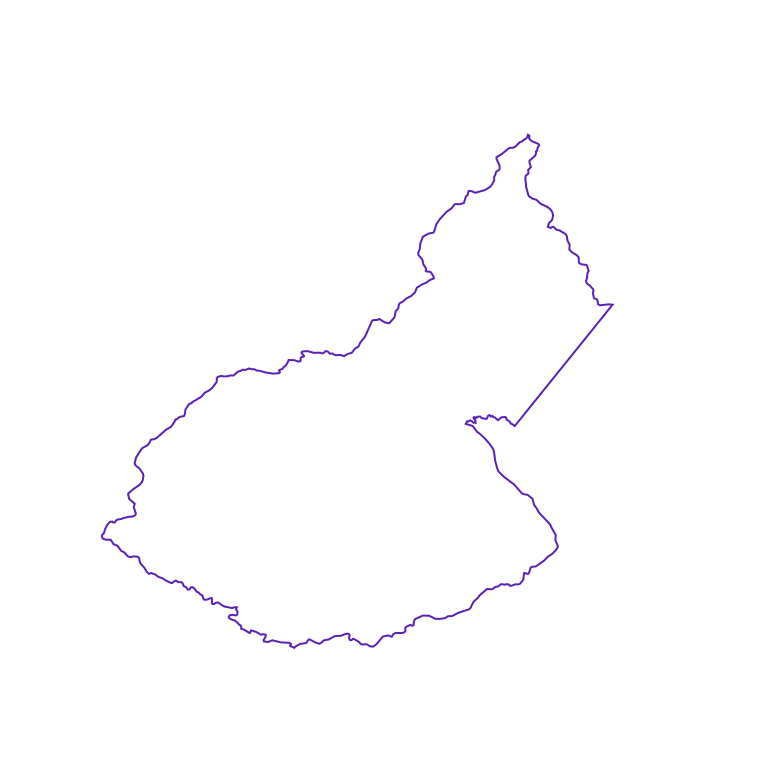 outline of San Luis, Antioquia, Colombia, rotated 289°
{"feature_id": "7082276B26769987150825", "entity_name": "San Luis", "entity_type": "district", "adm_level": 2, "iso_a3": "COL", "parent_name": "Colombia", "parent_adm1": "Antioquia", "projection": "robinson", "projection_center": [-74.956, 6.021], "detail": "fine", "context": "isolated", "style": "outline", "palette": "violet", "viewbox_px": 768, "rotation_deg": 289, "n_neighbors": 0, "source": "geoboundaries", "source_scale": "gbopen_adm2", "svg_char_len": 6166}
<svg xmlns="http://www.w3.org/2000/svg" viewBox="0 0 768 768"><g transform="rotate(289 384 384)"><path d="M131.7,424.9L135.7,429.8L136.3,432.1L135.7,433.1L132.3,433.7L130.9,435.0L131.2,436.7L132.9,437.5L133.2,438.2L132.0,444.2L130.5,446.8L130.8,448.6L132.3,452.4L131.4,456.5L132.3,459.4L135.9,461.8L144.8,465.1L147.6,469.7L147.6,473.6L150.5,474.3L152.4,476.0L154.5,482.3L155.7,484.0L157.2,484.7L160.0,483.6L161.2,483.7L164.6,487.0L164.8,489.9L165.4,490.3L169.4,489.6L171.8,489.9L177.7,496.2L179.6,502.1L178.7,508.9L179.8,512.6L181.9,516.9L182.8,518.2L185.2,520.0L186.8,524.0L191.8,528.7L198.7,537.8L200.3,538.7L207.0,539.5L212.7,542.5L215.1,543.1L223.7,548.1L224.6,551.7L225.5,553.4L228.3,555.2L229.8,557.9L232.9,559.9L233.7,563.8L234.9,565.5L235.0,567.1L234.3,568.5L234.7,570.2L237.3,573.3L238.4,576.4L239.2,577.5L244.2,579.4L250.8,578.0L251.2,578.9L251.1,581.2L251.5,582.2L253.1,582.6L258.1,582.5L259.3,583.3L260.9,586.9L269.2,592.9L274.1,595.2L278.3,598.5L283.2,600.7L286.4,601.4L287.8,600.8L292.3,596.8L297.0,595.6L303.3,588.6L305.2,587.0L312.9,572.3L316.3,568.6L318.5,565.4L323.8,561.8L325.9,556.0L325.3,551.2L325.5,549.9L331.3,539.9L335.1,528.0L338.5,520.9L340.8,518.7L347.3,514.3L356.4,509.7L358.4,507.9L361.8,503.2L365.2,497.4L367.9,491.4L369.1,487.6L372.9,482.0L373.2,481.0L372.9,474.3L375.8,474.8L376.0,475.8L377.6,477.2L377.4,479.2L376.5,481.2L377.0,481.8L377.0,483.2L379.3,482.3L380.8,479.8L381.8,479.7L382.2,480.5L381.8,482.1L382.2,482.6L383.3,482.7L384.5,485.3L383.6,487.7L384.2,491.8L384.7,492.5L387.7,492.7L388.8,493.5L388.9,494.3L388.0,495.5L389.2,496.8L388.3,497.9L388.5,499.7L386.8,503.5L390.8,505.9L392.3,509.6L391.9,510.5L390.3,511.5L389.3,515.3L387.8,516.8L387.8,518.4L386.8,521.3L533.4,574.3L532.6,570.8L528.7,562.5L529.1,560.6L533.0,558.3L533.5,556.7L533.4,555.0L533.9,554.4L537.8,552.0L540.7,551.6L541.7,550.9L544.0,546.6L545.2,543.1L547.2,541.4L550.0,541.5L555.3,540.3L557.4,540.8L562.2,537.2L562.4,536.3L561.5,532.1L561.8,529.5L562.8,528.3L565.9,527.5L567.6,526.2L568.7,523.8L569.7,518.9L571.4,515.5L576.2,514.2L579.2,510.9L583.6,508.5L584.9,507.0L586.3,500.0L586.1,496.5L587.8,493.1L587.5,492.2L585.8,490.9L585.9,487.8L589.6,487.5L592.5,489.0L594.5,489.5L598.4,489.0L601.3,487.2L603.3,484.5L604.6,480.9L605.4,473.3L607.8,468.1L607.6,464.0L608.6,460.3L609.7,458.9L617.2,453.9L619.5,453.2L622.7,451.3L626.6,450.1L630.2,452.0L633.3,450.6L636.9,452.3L640.4,449.6L642.5,448.9L649.0,452.5L651.5,452.7L653.3,452.0L654.5,452.7L657.7,452.4L660.2,453.0L661.3,451.9L661.7,444.7L662.4,442.8L663.7,441.1L665.8,440.8L666.5,439.4L666.5,438.9L665.0,439.2L662.5,438.6L660.4,436.7L658.2,435.5L656.8,433.6L650.9,430.8L649.3,428.9L648.6,426.9L647.4,425.2L639.6,420.4L635.1,416.5L633.3,417.2L628.0,422.3L624.9,423.3L623.7,423.0L621.2,421.0L617.5,421.1L615.6,420.7L612.4,421.9L607.8,421.2L604.8,420.1L600.2,416.3L595.0,408.7L594.5,407.4L594.9,404.5L594.3,401.5L593.1,401.1L590.0,401.6L588.1,400.4L581.2,400.6L578.8,397.4L577.4,393.1L576.7,392.2L572.0,390.6L567.2,387.1L558.0,383.1L552.6,381.6L544.0,381.7L542.9,381.0L540.9,377.4L536.0,372.9L528.7,372.6L523.3,373.9L519.1,373.6L517.1,374.7L514.3,379.6L510.0,382.2L507.1,386.0L504.5,386.7L504.2,387.9L505.0,390.3L504.9,392.0L501.6,395.9L500.2,396.8L496.8,393.1L493.6,391.0L490.6,387.6L485.7,383.7L480.9,383.5L476.2,381.2L472.3,377.4L468.1,375.0L465.4,372.5L463.3,372.3L460.0,372.9L456.6,371.3L451.3,372.2L449.3,371.8L444.4,369.7L443.0,368.9L442.5,364.6L444.0,358.3L442.6,357.1L440.9,353.2L440.1,352.2L422.8,350.7L415.4,348.1L411.1,347.7L408.0,345.0L403.0,343.4L400.4,339.7L397.3,337.2L397.3,333.2L395.4,328.7L396.0,325.1L395.0,323.1L396.4,320.2L396.2,318.5L395.7,317.7L394.2,317.2L393.0,316.1L392.7,313.2L390.6,307.4L390.2,301.2L388.6,297.1L387.6,295.9L386.6,295.8L384.4,299.3L383.6,299.0L382.8,297.3L381.6,296.8L378.3,297.5L377.4,295.9L377.3,291.2L375.6,286.0L373.5,286.0L369.6,285.2L367.5,283.7L365.5,283.2L362.7,280.3L361.1,281.8L360.2,281.4L357.8,276.1L356.4,268.7L356.0,262.1L355.3,259.7L355.7,256.5L354.9,254.1L354.8,251.4L352.2,248.4L351.4,245.5L349.5,244.0L348.3,242.0L343.0,238.9L342.1,236.0L340.4,233.6L338.9,229.8L338.7,227.5L336.6,224.5L335.0,224.1L331.3,225.1L324.4,222.8L321.2,220.9L317.3,217.3L312.5,215.5L304.2,208.4L303.2,208.3L302.0,206.6L300.9,206.0L295.1,204.6L291.1,205.5L288.5,205.3L286.8,202.2L285.3,200.7L283.1,199.7L282.6,198.4L279.9,198.2L274.2,196.6L269.8,192.8L258.8,186.5L256.9,184.5L255.5,181.7L252.2,181.4L249.4,180.5L244.5,176.2L242.6,175.6L233.8,173.5L227.9,174.0L226.2,175.4L224.6,180.1L220.9,185.1L218.8,186.5L214.4,187.2L212.2,186.9L209.0,185.7L203.7,181.7L198.5,178.5L196.7,177.8L192.5,180.4L189.6,187.3L186.0,187.5L180.8,191.5L179.9,191.6L178.4,191.1L176.7,189.3L175.9,186.9L172.2,180.9L170.8,179.5L169.1,176.2L168.1,175.3L165.4,174.5L164.9,172.9L165.3,171.9L164.6,169.8L161.0,168.3L156.3,167.6L151.5,167.7L149.4,166.6L148.4,166.7L146.3,168.3L146.2,171.8L147.6,175.6L147.5,176.6L144.5,180.4L144.3,184.5L140.7,189.8L140.1,193.8L138.6,195.8L137.7,197.9L137.7,200.6L139.5,203.4L140.4,206.7L140.3,208.3L139.5,209.3L137.5,210.2L134.9,212.3L132.2,217.3L129.0,221.0L128.0,223.5L128.3,224.2L129.5,225.2L129.4,229.8L128.3,233.0L128.0,238.7L127.2,241.3L126.5,247.7L126.9,248.6L128.2,249.1L130.1,250.8L130.3,252.0L129.7,253.8L130.6,257.0L130.1,258.4L127.7,260.5L127.5,263.0L125.7,265.4L126.3,266.8L129.0,267.7L129.6,269.0L128.8,271.5L126.8,274.2L126.4,276.8L125.2,278.8L125.0,281.1L122.2,283.1L121.5,284.1L122.1,286.2L125.6,290.6L124.6,291.5L120.9,292.5L120.1,293.6L120.5,294.7L122.5,296.5L123.4,298.1L121.8,304.5L121.7,306.2L122.7,313.3L124.5,315.8L124.9,317.5L122.7,317.5L121.1,319.6L118.2,320.3L116.9,319.4L116.4,315.8L115.1,313.5L113.7,313.0L112.4,313.4L111.7,316.0L111.8,320.0L110.5,323.6L109.1,325.6L109.1,327.0L108.6,327.7L106.1,328.7L106.2,331.6L104.9,337.3L105.0,338.4L107.6,338.4L107.9,339.0L107.9,344.4L106.9,349.0L108.3,351.9L108.3,353.9L106.1,354.3L102.7,353.5L101.5,354.2L102.2,358.2L105.3,361.9L106.2,371.0L108.4,378.5L107.9,380.7L105.9,380.4L105.3,385.1L107.2,385.9L111.0,389.5L113.7,394.7L117.9,395.9L118.3,396.9L117.3,403.1L117.3,407.2L118.6,408.7L122.1,410.7L124.5,415.0L129.1,419.1L130.2,420.7L131.7,424.9Z" fill="none" stroke="#5b21b6" stroke-width="2"/></g></svg>